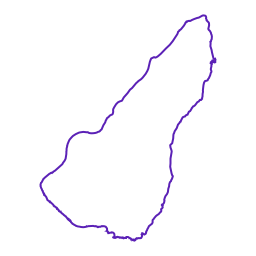 Atauro, Dili, East Timor (Albers equal-area conic projection)
{"feature_id": "22284137B11289182458696", "entity_name": "Atauro", "entity_type": "district", "adm_level": 2, "iso_a3": "TLS", "parent_name": "East Timor", "parent_adm1": "Dili", "projection": "albers", "projection_center": [125.573, -8.218], "detail": "fine", "context": "isolated", "style": "outline", "palette": "violet", "viewbox_px": 256, "rotation_deg": 0, "n_neighbors": 0, "source": "geoboundaries", "source_scale": "gbopen_adm2", "svg_char_len": 5761}
<svg xmlns="http://www.w3.org/2000/svg" viewBox="0 0 256 256"><path d="M203.3,15.4L202.4,15.6L198.8,17.6L197.0,18.0L194.0,19.1L191.7,20.1L190.4,20.9L189.7,21.0L189.2,20.8L187.8,21.1L186.8,21.9L186.4,21.6L185.9,22.3L185.4,22.8L185.3,23.5L184.6,24.4L184.1,25.4L181.1,29.1L180.3,29.8L179.5,30.2L179.3,30.8L178.1,31.8L177.6,33.6L176.9,34.8L172.7,41.2L169.8,44.8L165.9,48.5L160.8,53.8L157.9,56.3L156.5,57.2L155.2,57.6L154.3,57.2L153.9,57.2L151.2,58.5L150.8,59.3L149.9,61.7L148.3,68.7L147.3,71.0L145.7,73.8L142.7,77.6L141.2,79.1L138.2,81.2L137.8,81.7L136.1,83.2L132.1,88.0L130.0,89.7L127.6,93.1L123.8,97.4L122.0,100.6L121.4,100.9L119.8,101.4L118.0,102.3L116.1,104.2L114.1,107.4L113.2,109.2L113.1,110.2L113.2,111.9L112.8,113.7L112.5,114.2L112.0,114.6L111.3,114.8L109.8,115.6L108.3,117.3L107.8,117.5L106.9,118.3L106.4,119.6L105.8,120.4L105.2,122.4L103.4,125.2L101.6,129.4L100.6,130.2L100.1,130.9L99.4,131.5L98.0,131.9L97.1,132.4L95.6,132.9L93.5,133.2L91.2,133.3L89.1,133.0L87.8,132.2L87.1,132.3L83.3,131.9L79.9,132.4L78.8,132.7L75.8,134.1L73.0,135.9L71.7,137.2L69.6,139.6L68.8,141.2L67.6,144.1L67.3,145.4L67.1,145.8L67.2,146.1L66.6,148.5L66.5,151.2L66.3,151.8L66.4,152.5L66.3,154.3L65.6,158.7L64.6,160.7L63.1,162.7L62.3,164.2L55.1,170.6L53.3,171.7L53.0,172.2L52.2,172.7L52.1,172.8L51.9,172.6L50.9,172.9L50.8,173.1L49.4,173.8L44.6,177.8L43.8,178.7L43.5,178.8L41.6,182.4L41.0,182.9L40.5,184.7L40.7,185.6L40.5,186.0L41.3,188.3L41.8,189.1L42.2,190.4L42.8,191.0L42.8,191.7L43.1,192.1L43.3,192.9L43.5,193.2L44.1,193.5L44.1,193.8L43.9,193.9L44.0,194.6L44.3,194.6L44.7,195.0L44.6,195.3L45.3,195.8L46.3,197.1L47.5,200.1L48.9,201.0L49.3,201.5L49.4,201.3L49.9,201.4L50.0,201.9L50.6,202.3L50.5,202.5L51.2,202.8L53.3,204.8L53.6,205.4L53.6,205.6L54.1,205.9L54.2,206.3L55.1,206.6L55.6,207.1L56.5,207.6L56.4,207.8L57.0,208.3L57.0,208.5L57.2,208.4L58.0,209.4L58.2,209.5L58.7,210.2L58.6,210.3L59.4,211.1L59.3,211.3L59.7,211.5L60.0,211.5L60.4,211.8L60.4,212.0L60.7,212.2L60.8,212.1L60.9,212.4L61.5,212.8L61.6,213.1L61.9,213.4L63.0,214.1L64.0,215.2L64.4,215.3L65.5,216.4L65.8,216.4L67.0,218.0L67.7,218.4L67.4,218.5L67.7,219.1L68.4,219.7L68.6,219.6L68.8,220.1L69.2,220.3L70.1,220.2L70.3,220.5L70.2,220.9L70.4,220.9L70.5,221.3L70.8,221.4L71.0,222.2L72.4,223.5L72.5,223.8L73.6,224.3L74.0,224.7L75.8,225.6L75.9,225.8L77.7,226.4L79.8,226.7L81.0,227.0L83.2,227.2L85.0,227.0L86.2,226.7L86.5,226.4L86.7,226.6L88.6,226.1L89.6,226.1L93.2,225.9L94.3,226.2L94.8,226.2L95.1,226.3L95.8,226.1L96.0,226.3L97.4,226.7L97.6,227.1L97.9,227.2L98.5,227.0L98.9,226.7L100.3,226.8L101.7,226.1L101.9,226.1L101.8,226.3L103.5,226.2L104.6,226.3L105.6,226.7L105.6,226.8L106.2,227.3L107.0,228.5L107.1,229.9L107.0,230.2L107.2,230.9L107.0,231.0L107.4,231.1L107.5,231.4L107.9,231.7L107.8,232.2L108.3,232.7L108.3,233.1L109.0,233.1L109.9,232.7L111.3,232.7L111.8,232.3L113.2,232.7L113.7,233.1L114.3,234.0L114.5,236.0L114.0,237.3L113.9,237.4L113.7,237.2L113.3,237.2L113.2,237.4L113.4,237.6L114.5,237.9L115.5,237.9L115.9,237.7L116.1,237.2L117.1,236.9L117.2,237.1L117.8,237.1L118.1,237.0L118.4,237.1L119.0,237.1L119.4,237.4L119.5,237.7L120.0,237.8L120.4,237.4L121.5,237.6L121.9,237.9L122.3,237.4L123.0,237.5L123.3,237.6L123.3,238.1L123.7,238.3L124.1,237.9L125.9,238.0L125.8,237.5L126.4,237.0L127.8,237.0L128.3,237.1L128.9,237.5L129.3,237.9L129.4,238.2L130.0,238.1L130.9,238.6L131.2,239.1L131.2,239.5L132.3,239.5L132.2,239.6L132.4,239.7L132.4,240.0L133.1,239.7L133.3,240.0L133.8,240.0L134.0,240.5L134.5,240.6L135.4,240.0L135.6,239.1L136.6,238.2L136.9,238.2L137.2,238.6L138.4,238.1L140.1,238.2L141.1,238.0L141.5,237.5L142.1,236.0L142.2,235.8L141.6,234.4L142.0,234.0L142.2,233.2L142.7,233.3L143.2,233.7L143.3,234.0L143.6,234.0L144.4,234.5L145.6,233.8L145.9,233.3L146.1,232.6L146.0,232.2L146.3,231.7L146.3,231.3L146.9,230.5L147.5,228.9L148.2,227.8L148.9,226.2L152.1,223.6L152.6,222.4L152.6,220.2L152.9,219.7L153.6,219.1L154.0,218.4L155.9,216.1L157.4,214.9L158.6,214.2L160.3,212.2L161.0,211.7L161.3,210.9L161.1,209.2L162.3,208.1L162.7,207.2L162.3,205.9L162.5,205.7L162.0,205.4L161.8,205.0L162.1,204.5L162.9,204.3L163.7,203.3L164.2,202.2L164.3,201.2L164.5,200.8L164.2,199.9L164.7,198.0L165.4,196.2L167.1,193.9L167.9,192.0L168.3,188.7L169.1,186.3L169.3,184.1L169.7,182.9L170.0,182.1L171.0,181.1L171.2,180.2L172.0,178.8L172.8,176.4L172.7,175.9L172.2,175.3L171.6,173.5L170.2,166.8L170.5,163.4L170.5,158.6L171.7,151.6L171.5,150.4L170.5,147.5L170.2,145.3L170.4,144.9L172.2,143.2L173.2,138.4L173.4,134.9L173.7,133.7L174.0,133.3L174.7,131.2L176.7,128.2L178.0,124.6L179.4,123.0L180.1,121.8L180.6,121.7L181.3,119.9L182.7,117.3L184.5,116.5L185.1,116.4L185.7,115.5L186.6,114.9L187.5,114.7L188.9,111.7L190.1,111.1L191.2,109.4L191.8,108.0L192.2,107.8L192.9,106.6L193.1,106.4L193.8,106.2L195.0,105.3L197.4,102.1L198.7,101.5L199.9,99.9L200.5,99.8L200.8,100.0L201.0,100.0L202.1,98.8L202.0,98.4L202.5,96.5L202.6,93.9L203.0,91.9L202.9,90.3L203.1,88.3L203.5,85.0L204.1,82.5L205.0,81.1L205.5,80.9L206.3,80.8L207.6,80.3L208.1,79.1L209.1,77.8L209.3,77.1L210.1,75.5L210.8,72.9L211.4,71.9L211.4,71.1L210.9,69.7L210.8,69.0L211.4,66.4L211.4,64.9L211.9,64.2L211.9,63.8L211.7,63.2L211.4,62.7L211.2,62.8L211.3,63.1L210.9,63.1L210.8,62.3L211.4,61.7L211.5,61.9L211.2,62.4L211.8,62.3L211.6,61.8L211.9,61.6L212.0,61.2L212.4,60.5L212.9,60.7L212.5,61.2L212.9,61.1L212.8,61.5L213.1,61.5L213.2,62.1L213.4,62.1L213.6,61.9L214.1,62.2L214.6,62.2L214.8,62.4L215.3,62.1L215.2,60.6L215.5,59.8L215.1,58.8L214.8,59.0L214.1,58.9L213.7,58.7L213.4,58.1L212.0,52.4L211.6,50.1L210.4,46.2L210.6,43.5L210.4,41.7L210.9,41.5L211.3,39.8L211.7,39.2L211.9,36.4L211.5,34.6L211.1,33.9L210.9,32.7L209.8,30.8L208.8,29.9L208.3,28.9L209.1,25.4L209.0,23.2L208.6,22.4L206.6,20.4L206.7,19.8L206.0,18.5L206.2,17.5L205.9,16.3L205.0,15.6L203.3,15.4Z" fill="none" stroke="#5b21b6" stroke-width="2"/></svg>